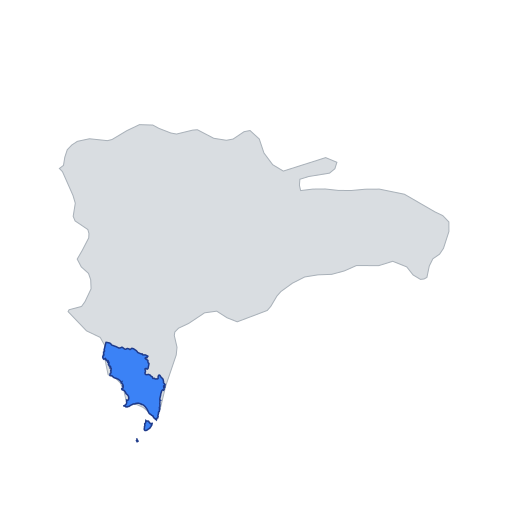 Pedernales, Pedernales, Dominican Republic (highlighted), rotated 347°
{"feature_id": "3306468B80072272336201", "entity_name": "Pedernales", "entity_type": "district", "adm_level": 2, "iso_a3": "DOM", "parent_name": "Dominican Republic", "parent_adm1": "Pedernales", "projection": "natural_earth1", "projection_center": [-71.521, 17.882], "detail": "fine", "context": "in_parent", "style": "filled", "palette": "blue", "viewbox_px": 512, "rotation_deg": 347, "n_neighbors": 0, "source": "geoboundaries", "source_scale": "gbopen_adm2", "svg_char_len": 7010}
<svg xmlns="http://www.w3.org/2000/svg" viewBox="0 0 512 512"><g transform="rotate(347 256 256)"><path d="M85.2,338.4L85.7,317.6L88.5,309.2L85.9,300.3L74.0,290.8L66.8,278.7L60.4,267.9L61.8,266.3L74.7,265.9L79.2,261.9L87.9,250.9L89.6,242.0L88.9,235.3L83.3,227.3L81.1,218.8L88.0,211.4L97.1,200.7L98.3,196.5L98.1,192.4L87.6,181.1L86.8,176.2L91.8,163.9L91.3,155.8L86.4,130.3L84.1,126.5L88.8,124.4L91.9,116.8L96.0,110.0L101.5,106.4L107.7,104.1L120.1,104.3L137.2,110.2L142.0,110.1L158.4,104.8L172.0,101.8L184.9,105.2L190.1,109.8L200.7,117.0L206.0,119.3L222.7,119.1L227.3,119.8L241.3,131.8L253.2,136.6L260.0,136.9L272.3,132.2L278.4,132.4L285.5,142.7L286.9,157.4L292.8,170.8L301.7,179.4L346.0,175.8L355.9,182.9L352.5,188.7L346.3,191.8L325.2,190.4L316.0,191.1L314.2,196.9L314.2,202.3L326.5,203.6L338.6,206.3L350.9,210.6L363.4,213.6L377.5,215.5L391.3,218.6L414.5,229.2L440.2,253.2L447.1,258.7L451.6,266.2L449.5,275.5L440.4,290.7L435.3,295.5L427.7,298.5L422.6,304.7L417.7,315.3L414.6,316.2L411.0,315.8L404.8,309.8L400.4,300.5L388.0,291.9L373.4,293.0L351.7,287.9L338.7,290.4L325.6,290.9L312.2,288.3L298.7,287.4L285.3,290.7L272.3,296.2L267.4,299.7L259.1,308.4L254.7,311.6L222.9,315.9L213.8,309.6L205.3,300.9L193.1,299.8L175.4,306.5L164.3,308.9L159.8,311.8L158.5,315.1L158.5,327.2L156.0,334.5L138.8,362.3L129.0,381.9L125.0,388.0L120.4,389.3L111.9,378.1L106.5,374.0L99.8,371.9L96.9,365.9L97.0,357.4L95.3,349.2L91.1,342.7L85.2,338.4Z" fill="#d9dde1" stroke="#a8b0b8" stroke-width="1"/><path d="M126.8,330.6L127.4,330.0L128.0,329.6L128.1,329.3L128.0,329.1L127.2,328.6L126.4,327.8L125.7,327.4L124.5,327.2L123.4,326.8L123.1,326.4L123.2,325.9L122.5,325.7L121.2,325.0L119.2,323.5L119.0,323.3L118.8,322.6L118.1,321.3L115.8,318.8L114.3,318.0L112.3,318.8L112.0,318.7L111.4,318.0L110.0,317.2L109.3,317.2L108.5,317.5L107.8,317.5L107.0,317.0L105.3,315.0L104.9,314.7L104.4,314.7L103.6,315.0L101.8,314.9L99.0,312.6L97.9,312.0L97.3,311.5L95.6,310.5L95.2,310.0L94.7,308.8L93.9,307.9L91.6,306.8L91.0,306.6L90.7,306.4L90.4,306.4L87.0,313.1L86.9,313.5L87.1,313.9L87.0,314.6L86.6,314.7L86.4,315.2L85.8,315.4L85.7,316.4L85.5,317.1L85.3,317.3L85.4,317.6L85.3,317.8L85.5,318.0L85.1,318.7L84.5,318.8L83.9,319.9L83.9,320.8L84.0,320.9L84.0,321.3L84.3,321.5L84.3,322.0L84.5,321.9L84.9,322.2L85.2,322.2L86.2,322.0L86.2,322.4L85.9,322.5L85.9,322.8L86.1,323.2L86.4,323.2L86.3,323.4L86.8,323.7L86.8,324.0L87.0,324.0L87.3,324.5L87.1,324.6L87.0,324.9L87.1,324.7L87.4,324.7L87.5,324.9L87.4,325.1L87.5,325.4L87.9,324.9L87.9,324.6L88.1,324.5L88.3,324.6L88.3,325.5L88.1,325.4L88.1,325.6L87.9,325.6L87.8,325.9L88.3,325.9L88.4,326.4L88.6,326.5L88.3,326.7L88.4,327.4L88.1,327.4L88.1,327.5L88.3,327.5L88.4,327.9L88.3,328.0L88.3,328.7L88.1,329.0L87.9,329.0L88.4,330.1L88.4,330.7L88.9,330.7L89.1,330.6L89.4,331.2L89.4,331.4L88.9,332.0L89.3,332.0L89.4,332.7L89.6,333.1L89.6,333.3L89.2,333.5L89.2,334.6L88.9,335.0L88.7,335.0L88.6,335.5L88.7,336.4L88.4,337.1L88.3,337.3L88.1,337.3L87.6,337.6L87.3,338.0L87.1,338.4L87.1,339.1L86.9,339.3L86.8,339.6L87.3,339.9L87.9,339.9L88.5,340.2L88.9,340.6L89.0,340.8L89.5,341.6L90.3,342.6L90.9,343.0L91.2,343.1L91.5,343.4L92.4,343.9L92.6,343.9L93.0,344.3L94.4,345.4L94.5,345.7L95.5,346.8L95.8,347.6L96.2,348.1L96.1,348.4L96.3,348.5L96.3,349.1L96.5,349.0L96.3,349.3L96.4,349.5L96.6,349.9L96.9,350.2L96.9,350.4L97.1,350.5L97.1,350.8L97.3,351.1L97.4,352.4L97.3,352.5L97.2,352.7L97.3,353.3L97.1,353.5L97.1,354.0L96.7,354.7L96.4,355.0L96.2,354.8L95.5,354.9L95.2,355.3L95.2,355.5L95.4,355.7L95.5,356.2L95.8,356.3L96.1,356.7L96.6,356.9L96.7,357.0L96.9,357.0L97.4,357.6L97.7,358.5L97.9,358.6L98.0,359.2L98.3,359.8L98.4,360.5L98.3,360.8L99.6,362.4L100.2,364.1L100.1,365.7L99.9,366.1L99.9,366.5L99.4,367.1L99.3,367.4L98.5,367.7L97.4,367.2L97.3,368.0L97.1,368.2L97.2,369.0L96.9,370.0L96.4,370.9L95.5,371.7L94.7,371.9L94.1,372.2L93.6,372.2L93.6,372.5L94.6,372.8L95.4,373.9L96.2,373.8L96.5,374.1L96.8,373.9L98.5,374.0L99.1,373.7L100.4,373.3L101.2,373.0L101.8,373.0L102.9,372.6L103.7,372.6L104.4,372.8L105.1,372.8L105.6,372.6L106.0,372.6L106.5,372.8L106.9,372.7L107.5,372.9L107.8,372.8L108.1,373.0L108.5,373.0L109.1,373.4L110.1,373.9L110.3,373.9L110.9,374.4L110.7,374.7L110.8,374.9L111.9,375.2L112.8,375.9L114.1,377.8L115.4,380.9L115.8,382.5L116.3,384.8L116.8,385.9L117.1,386.1L117.3,386.3L117.5,386.3L117.7,386.8L118.0,386.9L118.4,387.7L119.3,388.4L119.4,388.8L119.8,389.0L119.7,389.7L119.9,389.9L120.1,390.8L120.3,390.9L121.1,391.8L121.4,391.9L121.3,392.2L121.5,392.4L121.4,392.6L121.7,392.7L122.1,393.3L122.4,392.7L122.8,392.2L123.2,391.6L123.9,391.6L124.2,390.8L124.5,390.5L124.6,390.2L124.4,389.7L124.5,389.2L125.0,388.7L125.3,387.8L125.8,387.1L125.8,386.2L126.4,385.8L126.8,385.7L127.1,384.8L127.4,384.4L127.4,383.7L127.7,383.7L127.8,383.3L127.9,383.2L127.7,382.6L127.8,381.7L128.4,381.3L128.7,380.2L128.8,380.1L128.7,379.8L128.8,379.4L129.0,379.2L129.0,378.8L129.0,378.5L129.0,378.1L129.3,377.6L129.8,375.4L129.9,375.2L130.1,375.2L130.5,375.1L130.4,375.0L130.0,375.1L129.9,375.0L129.9,374.4L130.1,373.5L131.8,370.1L132.2,368.9L133.3,367.2L133.4,366.8L134.1,365.9L134.8,365.5L135.0,365.4L135.6,366.0L135.8,365.8L136.0,365.8L136.6,365.1L136.6,364.4L136.5,363.9L136.5,363.4L136.6,363.2L136.6,362.4L136.8,361.8L137.4,361.5L137.4,361.8L137.3,362.0L137.5,362.2L137.4,362.5L137.5,362.7L137.8,362.6L137.8,362.2L138.1,362.0L138.1,361.5L138.5,361.0L138.2,360.0L137.6,359.2L137.4,358.8L137.4,358.4L137.7,357.5L137.7,355.1L137.3,354.3L136.2,352.6L135.9,351.9L135.7,351.1L135.3,350.4L134.8,350.2L134.6,350.2L133.9,350.8L133.4,351.8L133.2,353.0L133.1,353.3L132.1,353.6L131.2,353.3L130.2,353.2L129.9,353.0L129.6,352.4L129.3,352.2L128.3,352.2L128.0,352.1L127.9,351.9L127.8,350.8L127.8,350.5L126.5,349.2L125.9,348.0L125.3,347.8L124.7,347.2L122.9,347.1L121.9,346.7L121.6,346.4L121.5,345.8L121.5,344.8L122.1,344.2L122.4,343.4L122.4,341.1L123.2,340.8L123.6,340.8L123.9,341.0L124.2,341.6L124.5,341.8L125.3,341.4L125.6,341.1L127.5,336.9L127.5,336.5L127.0,336.1L126.9,335.7L126.9,334.4L127.2,333.6L127.1,333.3L126.8,332.9L126.1,332.4L125.6,331.8L125.0,330.7L125.2,330.4L125.9,330.1L126.3,330.2L126.8,330.6ZM111.7,391.5L110.9,393.7L110.7,393.9L109.8,394.4L109.8,394.8L109.7,395.0L109.6,396.2L108.8,397.4L108.7,398.3L108.3,399.0L108.1,399.6L108.1,400.2L108.5,401.0L109.0,401.2L109.5,401.3L109.7,401.1L110.3,401.2L110.8,401.1L111.2,400.8L111.5,400.8L111.9,400.5L112.7,400.3L114.1,399.7L114.4,399.2L115.0,398.8L115.5,398.3L115.8,397.8L116.4,397.4L116.5,397.1L116.5,396.6L116.8,396.2L117.0,396.2L117.2,395.8L117.2,395.7L116.9,395.7L116.6,395.9L116.4,395.7L115.7,395.8L115.3,395.3L115.1,395.2L114.9,394.4L114.6,394.3L114.4,394.0L114.4,393.5L114.2,392.9L113.6,392.4L113.0,392.5L112.3,392.3L111.7,391.5ZM98.7,408.9L98.0,409.1L98.2,409.7L98.4,409.9L98.4,410.2L98.8,410.2L99.0,410.0L99.3,410.0L99.3,409.3L98.8,409.1L98.7,408.9ZM137.3,363.1L137.1,363.1L137.2,363.5L137.5,363.5L137.5,363.2L137.3,363.1ZM97.1,352.7L96.7,352.7L96.7,352.8L97.0,352.9L97.1,352.7ZM98.8,407.5L98.7,407.5L98.7,407.8L98.9,407.7L98.8,407.5Z" fill="#3b82f6" stroke="#1e3a8a" stroke-width="1.5"/></g></svg>